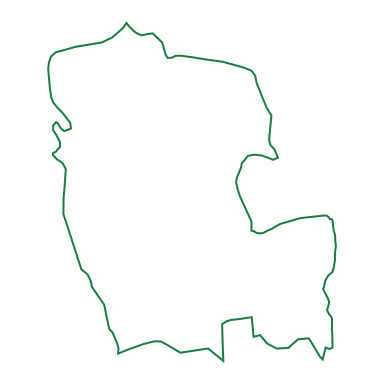 the district of Qillin, Kafr ash Shaykh, Egypt
{"feature_id": "37247803B73362886902816", "entity_name": "Qillin", "entity_type": "district", "adm_level": 2, "iso_a3": "EGY", "parent_name": "Egypt", "parent_adm1": "Kafr ash Shaykh", "projection": "albers", "projection_center": [30.844, 31.086], "detail": "fine", "context": "isolated", "style": "outline", "palette": "green", "viewbox_px": 384, "rotation_deg": 0, "n_neighbors": 0, "source": "geoboundaries", "source_scale": "gbopen_adm2", "svg_char_len": 2518}
<svg xmlns="http://www.w3.org/2000/svg" viewBox="0 0 384 384"><path d="M223.3,361.0L223.3,360.1L222.7,343.7L222.3,331.2L222.1,324.2L226.6,321.3L231.3,319.9L236.4,319.4L239.2,319.1L247.3,317.8L251.7,317.2L253.6,336.8L257.6,335.8L260.1,335.1L267.2,343.6L276.8,348.5L279.4,348.4L286.8,348.0L288.4,347.9L290.1,346.3L293.4,343.4L298.0,339.3L308.9,338.3L311.7,342.9L319.9,356.6L322.6,359.5L325.7,347.6L329.1,349.0L332.5,347.7L332.3,336.5L332.3,335.3L332.1,331.2L331.9,329.7L332.0,323.9L332.0,318.7L330.5,315.7L329.1,314.3L327.1,310.2L328.5,305.4L329.2,301.9L327.9,298.4L323.2,289.4L323.1,288.6L324.1,287.3L324.3,285.2L324.6,283.9L325.3,280.5L327.8,276.3L328.1,275.7L332.2,272.3L333.1,269.6L333.6,268.1L335.0,259.9L335.1,251.6L335.8,247.4L335.8,244.7L335.2,240.5L335.2,236.4L334.5,232.9L333.5,229.7L333.0,224.7L332.6,221.5L332.5,220.5L331.9,219.1L329.9,219.1L328.5,217.0L327.2,216.1L326.5,215.6L323.1,215.6L306.7,217.4L300.6,218.1L289.0,221.4L280.1,224.0L275.3,226.7L271.9,228.8L267.1,230.8L263.7,232.8L260.3,233.5L256.2,232.7L254.1,231.3L251.4,230.6L251.5,221.6L244.2,205.6L243.5,204.2L240.1,196.7L237.4,188.3L236.1,182.1L236.8,178.0L241.0,167.7L241.7,163.5L247.9,156.0L253.4,154.7L262.2,155.5L267.6,157.6L273.1,159.8L276.7,158.2L277.9,157.7L276.9,155.4L274.5,149.4L270.5,145.2L269.1,139.7L271.4,115.6L266.7,107.9L263.0,98.9L256.6,82.9L255.3,76.0L251.9,71.1L249.2,69.7L243.8,67.6L240.5,66.7L230.9,64.0L222.7,61.8L203.4,59.1L201.6,58.8L193.4,57.4L191.1,57.1L187.3,56.6L181.9,55.8L175.7,55.8L171.6,57.8L167.5,57.8L165.5,54.3L162.2,42.5L152.7,33.4L147.3,34.1L141.8,35.4L138.4,34.0L135.7,32.5L133.7,31.1L129.6,26.9L126.5,23.0L122.8,28.2L111.8,37.8L109.9,38.6L101.6,42.5L85.9,45.1L74.9,47.0L65.1,49.8L55.8,52.3L51.0,56.4L48.9,62.6L48.2,68.8L48.5,72.6L50.1,90.2L51.4,97.9L52.3,100.1L53.4,102.7L57.4,107.6L62.8,113.2L70.3,122.9L70.4,124.0L71.0,128.3L70.4,128.7L69.5,129.1L64.1,131.1L60.7,128.3L58.0,123.5L56.0,122.1L53.2,125.5L53.2,126.3L53.2,130.3L56.5,135.2L59.9,142.1L59.9,147.0L55.7,151.8L53.0,153.1L53.0,155.2L57.0,159.4L62.5,162.9L64.7,167.1L65.8,169.1L65.1,179.5L64.3,190.5L63.6,197.4L63.5,207.1L63.4,214.0L66.7,224.1L69.8,233.6L81.4,269.4L87.5,274.3L89.5,278.5L90.2,279.9L90.9,281.9L91.5,284.0L91.7,286.6L98.1,295.9L101.0,300.0L104.3,304.9L106.1,314.2L106.3,315.1L109.2,329.0L112.3,332.1L116.5,341.7L116.8,342.4L117.3,344.0L118.5,348.4L118.1,353.6L126.3,350.3L130.6,348.7L143.6,344.0L154.5,341.3L158.9,341.4L160.6,341.4L166.0,344.2L180.3,352.7L208.2,348.5L223.3,361.0Z" fill="none" stroke="#15803d" stroke-width="2"/></svg>